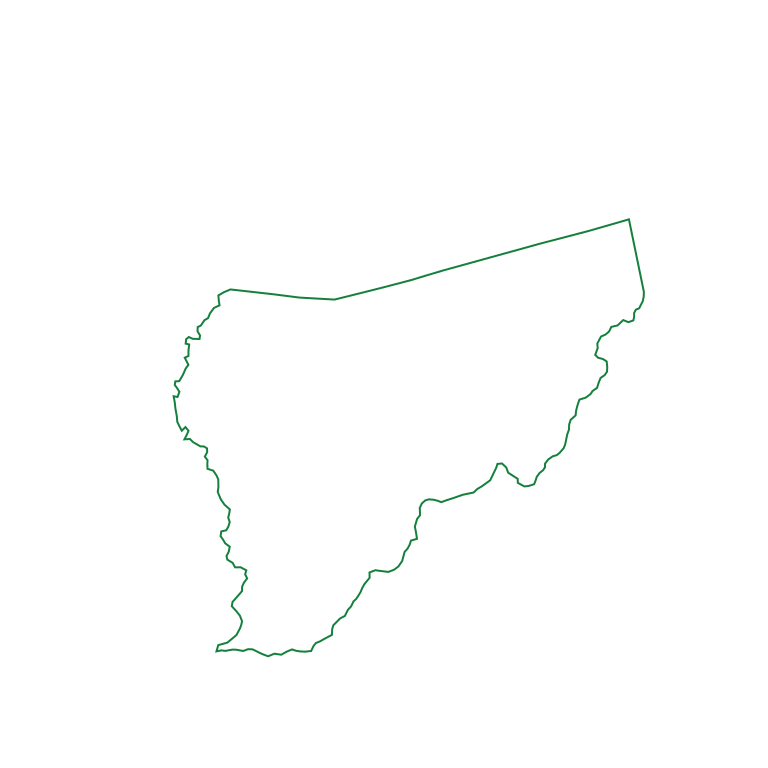 Itaporã do Tocantins, Tocantins, Brazil, rotated 53°
{"feature_id": "56859067B75494045146561", "entity_name": "Itaporã do Tocantins", "entity_type": "district", "adm_level": 2, "iso_a3": "BRA", "parent_name": "Brazil", "parent_adm1": "Tocantins", "projection": "mercator", "projection_center": [-48.728, -8.44], "detail": "fine", "context": "isolated", "style": "outline", "palette": "green", "viewbox_px": 768, "rotation_deg": 53, "n_neighbors": 0, "source": "geoboundaries", "source_scale": "gbopen_adm2", "svg_char_len": 3032}
<svg xmlns="http://www.w3.org/2000/svg" viewBox="0 0 768 768"><g transform="rotate(53 384 384)"><path d="M466.8,121.0L399.9,89.3L384.6,129.3L366.1,174.2L329.2,267.7L323.1,284.0L317.4,299.6L306.4,326.4L301.8,337.4L293.4,357.2L286.8,372.7L264.2,399.4L246.0,418.1L216.1,449.7L214.3,456.7L213.6,463.0L218.1,465.8L222.2,468.0L220.9,474.1L222.9,480.5L225.5,484.9L225.0,489.0L227.1,495.1L226.4,498.5L229.7,501.2L234.5,501.7L237.0,504.2L232.9,509.5L229.0,511.6L229.2,515.1L232.4,518.1L235.2,515.8L239.6,520.0L243.9,523.3L243.1,527.3L246.8,527.9L251.0,528.7L252.3,533.1L255.6,538.9L258.5,545.8L256.3,549.1L258.9,551.7L262.2,551.7L267.1,552.1L270.1,556.7L267.2,559.4L273.0,562.3L277.8,565.2L284.9,568.8L289.9,571.9L295.1,572.9L299.6,573.6L298.9,568.5L303.7,568.3L305.7,571.7L308.1,576.7L311.1,572.1L315.4,571.5L323.3,568.2L325.5,565.4L328.9,564.1L332.0,566.2L334.2,570.8L338.7,570.8L341.5,573.2L345.5,576.0L350.5,572.5L356.1,572.8L360.3,573.7L364.1,576.4L366.8,578.4L370.1,581.7L373.6,582.7L378.4,583.8L384.4,584.0L391.4,582.6L393.8,585.0L396.9,588.8L401.4,590.3L404.2,594.1L405.9,598.0L403.8,602.7L407.2,606.1L411.4,606.2L415.7,606.7L421.1,605.1L424.5,608.9L426.6,613.3L430.0,614.8L435.8,612.5L440.8,613.3L444.1,608.8L449.9,606.1L452.4,609.4L456.9,610.3L458.4,615.5L460.4,619.2L463.9,622.0L464.7,625.4L466.9,636.1L469.9,639.3L475.7,638.7L482.2,638.5L488.0,640.1L490.5,643.0L492.5,646.1L495.7,653.0L496.3,664.7L492.8,673.5L496.7,678.7L498.8,674.3L501.6,671.4L504.9,664.9L507.1,662.1L512.5,657.1L514.0,652.1L516.9,648.6L526.2,643.9L531.7,640.4L533.4,633.9L538.4,628.9L539.2,622.6L540.7,617.1L544.1,614.8L547.2,611.8L550.2,608.2L553.4,602.9L550.8,597.9L549.9,594.2L551.0,590.1L551.7,584.7L553.0,576.6L548.7,573.0L546.2,569.7L544.8,560.1L545.7,554.8L542.6,548.7L541.8,544.1L539.3,539.3L538.9,535.6L537.6,531.8L536.1,528.0L534.1,524.6L532.1,520.3L530.1,512.1L525.8,509.0L527.5,503.0L531.4,499.1L536.7,493.6L538.4,487.7L538.4,482.3L536.3,476.0L533.7,472.7L530.5,468.6L529.7,464.4L527.9,460.4L525.3,456.7L527.5,450.8L521.1,447.4L516.5,445.2L511.7,438.8L510.5,434.2L504.5,430.0L502.2,425.8L501.8,421.1L503.1,417.6L506.6,413.7L509.9,411.2L512.8,409.4L514.5,403.9L516.8,397.3L519.8,387.9L524.6,377.7L524.0,372.7L524.6,367.4L524.8,357.1L522.2,352.1L518.5,344.9L516.1,341.5L518.5,337.6L524.2,336.6L529.6,338.2L540.2,334.3L543.5,336.6L550.3,333.5L552.4,330.0L554.4,324.4L552.1,320.7L550.1,317.9L548.7,313.4L548.6,308.9L547.4,305.5L544.6,303.5L543.1,298.3L543.3,292.7L544.8,288.8L544.7,285.3L543.4,279.2L541.4,275.8L537.8,271.7L534.6,268.1L531.8,263.8L527.7,260.4L524.9,256.4L524.4,249.9L520.8,246.5L518.1,243.1L515.9,240.1L514.1,237.3L516.3,231.0L516.3,225.0L515.1,221.7L515.3,216.1L512.5,212.3L509.5,207.4L509.7,202.4L508.4,198.5L504.8,195.5L500.0,192.6L495.8,194.1L491.9,197.2L487.9,197.8L484.0,191.8L480.0,189.2L476.7,182.1L477.8,177.4L477.6,172.8L475.2,168.1L477.8,162.2L476.9,154.5L481.7,151.6L483.3,146.6L480.9,143.8L477.8,141.5L476.2,138.1L477.1,134.7L473.6,127.5L470.3,123.8L466.8,121.0Z" fill="none" stroke="#15803d" stroke-width="2"/></g></svg>